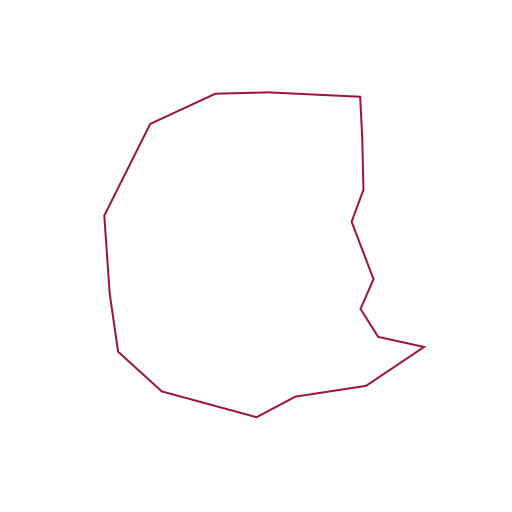 outline of Dyo Potamoi, Cyprus, rotated 242°
{"feature_id": "46923920B69592041186855", "entity_name": "Dyo Potamoi", "entity_type": "district", "adm_level": 2, "iso_a3": "CYP", "parent_name": "Cyprus", "parent_adm1": "", "projection": "mercator", "projection_center": [33.085, 35.242], "detail": "fine", "context": "isolated", "style": "outline", "palette": "rose", "viewbox_px": 512, "rotation_deg": 242, "n_neighbors": 0, "source": "geoboundaries", "source_scale": "gbopen_adm2", "svg_char_len": 391}
<svg xmlns="http://www.w3.org/2000/svg" viewBox="0 0 512 512"><g transform="rotate(242 256 256)"><path d="M347.7,422.7L394.6,343.9L418.4,296.2L422.3,224.6L362.9,141.0L291.6,109.2L236.2,89.3L180.7,109.2L113.4,180.8L113.4,224.6L89.7,292.2L96.8,361.6L127.2,325.9L160.2,323.4L180.4,348.9L241.3,356.5L264.1,382.0L309.7,404.9L347.7,422.7Z" fill="none" stroke="#9f1239" stroke-width="2"/></g></svg>